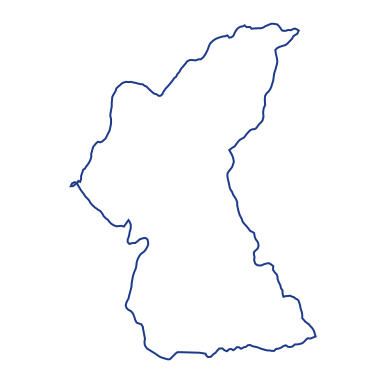 outline of Cariri do Tocantins, Tocantins, Brazil, rotated 179°
{"feature_id": "56859067B90473711295320", "entity_name": "Cariri do Tocantins", "entity_type": "district", "adm_level": 2, "iso_a3": "BRA", "parent_name": "Brazil", "parent_adm1": "Tocantins", "projection": "equal_earth", "projection_center": [-49.215, -11.947], "detail": "fine", "context": "isolated", "style": "outline", "palette": "blue", "viewbox_px": 384, "rotation_deg": 179, "n_neighbors": 0, "source": "geoboundaries", "source_scale": "gbopen_adm2", "svg_char_len": 5108}
<svg xmlns="http://www.w3.org/2000/svg" viewBox="0 0 384 384"><g transform="rotate(179 192 192)"><path d="M306.8,203.1L306.1,201.0L305.0,199.2L303.4,196.3L301.6,193.7L300.0,191.6L298.7,189.3L296.6,187.2L295.0,185.3L293.6,182.6L291.4,180.2L289.3,178.2L287.6,177.0L286.1,175.8L284.1,174.7L282.2,172.2L280.6,169.2L278.5,167.1L276.6,165.7L275.1,163.6L273.2,161.6L270.7,160.0L267.9,159.0L264.9,159.3L262.9,159.4L260.7,158.6L256.0,165.0L254.8,163.1L253.8,160.4L253.9,156.4L255.0,153.3L255.4,150.6L256.2,147.8L257.2,145.4L257.1,142.9L255.4,141.1L252.6,142.0L249.7,142.0L246.9,144.0L245.0,145.7L242.9,146.3L240.8,146.8L239.0,146.7L237.4,145.4L236.8,143.1L236.7,140.0L238.2,136.9L240.1,134.2L241.6,132.7L243.2,131.7L245.0,130.1L246.1,128.3L247.3,126.2L248.5,122.8L248.9,119.5L249.5,116.6L250.4,114.6L251.4,112.3L252.5,108.9L253.3,105.0L253.9,101.8L254.2,98.2L255.2,94.5L255.9,92.0L256.7,89.3L257.3,86.7L258.4,84.8L259.5,82.6L260.3,79.6L259.3,76.9L257.4,75.2L255.0,73.8L253.1,71.5L251.8,68.0L250.9,64.8L249.6,62.3L247.2,61.4L245.0,60.6L243.5,58.0L243.2,55.4L241.6,46.2L242.1,43.2L242.0,40.4L241.2,38.4L239.7,36.3L237.4,34.8L235.7,33.7L233.7,32.4L231.5,31.0L229.3,29.4L227.3,28.0L225.2,27.0L223.4,26.4L221.4,25.8L219.1,25.1L217.0,25.2L211.3,30.7L209.3,32.1L205.5,32.0L188.3,31.2L186.2,31.0L181.3,30.1L180.4,28.1L178.9,26.7L176.0,26.9L173.6,29.3L171.1,31.0L169.7,32.8L167.5,35.0L164.4,35.1L162.3,33.2L159.8,32.2L157.5,34.2L155.3,34.3L153.5,33.1L151.9,34.1L150.0,36.0L147.9,36.0L145.7,34.4L143.0,35.8L140.7,36.3L139.0,37.7L136.7,38.1L134.1,36.7L131.6,36.2L129.0,35.5L127.0,34.6L124.8,33.8L122.8,33.2L120.7,32.6L119.0,32.2L117.3,32.3L114.9,31.7L112.5,31.8L111.0,33.5L108.2,33.9L105.7,34.8L103.4,36.3L100.9,37.1L98.6,35.5L96.5,35.3L94.2,35.8L91.8,37.8L89.5,37.8L87.1,38.1L84.3,38.9L82.1,40.7L80.5,42.5L78.9,43.7L76.2,43.4L74.0,44.2L70.9,45.4L71.6,47.6L72.1,49.9L73.2,52.4L74.4,54.1L76.0,55.8L77.2,57.5L79.1,58.9L80.9,60.3L82.6,62.3L84.0,64.0L83.9,66.4L84.2,69.7L85.4,73.5L86.1,77.6L87.4,81.5L88.7,82.9L90.3,83.6L92.1,85.1L93.8,85.6L95.7,86.6L98.1,86.3L100.1,86.3L102.4,85.6L103.2,88.5L103.2,91.9L104.7,94.3L105.4,97.5L106.9,100.4L107.9,103.5L108.0,105.9L108.8,108.1L110.5,110.0L112.3,112.6L112.1,116.5L114.2,118.2L116.4,119.5L119.3,119.1L121.9,118.3L124.1,117.3L125.8,117.4L128.0,117.6L130.1,119.4L131.1,122.9L130.6,125.9L131.2,128.4L131.2,130.7L129.6,132.3L127.4,134.2L126.4,136.9L126.7,139.7L127.8,141.9L129.1,143.6L130.1,146.3L130.6,149.9L132.5,151.1L134.4,152.0L135.7,153.7L137.7,156.4L140.0,159.0L141.7,161.1L142.9,164.6L144.7,168.1L145.6,171.1L146.3,174.2L147.0,177.8L147.0,181.3L148.5,184.8L150.7,188.2L152.1,191.7L153.6,194.0L154.3,196.2L154.8,199.2L155.5,202.5L156.1,205.4L156.4,208.1L156.0,210.3L154.9,212.0L153.2,214.0L151.5,216.2L150.6,218.5L149.6,221.7L150.4,225.8L151.3,228.2L154.0,233.3L151.0,235.5L148.5,236.9L146.5,239.7L144.2,242.5L142.6,243.7L140.6,244.7L138.8,245.8L137.1,248.0L135.8,249.6L134.4,251.1L132.6,252.8L130.7,253.6L128.3,253.8L126.7,254.7L125.5,256.3L123.9,258.4L121.8,260.4L120.3,262.2L119.2,265.9L119.5,270.4L118.8,274.7L117.4,277.5L117.5,280.6L117.6,283.8L117.2,286.9L115.8,289.2L113.7,291.1L112.0,293.5L110.9,295.6L110.0,298.6L108.9,301.7L108.3,305.7L107.8,309.0L106.6,312.5L105.7,315.5L104.9,318.3L104.4,320.9L104.7,323.7L105.3,326.8L105.9,329.8L106.2,332.5L104.5,334.3L102.1,335.5L99.6,336.3L97.9,336.8L96.2,337.2L94.1,338.6L92.6,340.2L91.2,341.5L89.4,343.4L87.9,346.0L86.1,347.2L84.0,348.3L82.5,351.6L84.4,352.8L86.1,353.6L88.2,353.1L90.4,352.0L93.0,352.4L95.1,351.6L97.4,351.5L99.2,352.0L100.8,354.5L102.2,356.4L103.9,358.1L106.4,358.6L109.0,358.9L111.1,358.4L113.2,357.5L115.4,356.7L117.8,355.2L120.5,354.5L122.3,354.6L124.2,354.5L127.0,354.5L129.5,354.2L131.2,356.0L134.6,355.9L136.5,357.7L138.5,356.7L140.5,356.4L142.7,355.4L144.5,353.7L146.3,350.9L147.8,347.6L149.8,346.0L152.1,345.7L153.9,348.0L156.2,347.1L158.3,347.0L160.6,346.4L163.6,345.5L165.9,344.5L168.3,342.9L169.9,341.5L171.4,339.9L172.7,337.1L173.7,334.3L174.9,331.9L176.5,329.0L178.4,326.5L180.8,324.6L183.3,324.5L186.3,323.5L189.0,323.9L191.7,324.0L194.5,322.8L196.5,320.2L198.6,317.8L200.4,315.9L201.5,314.2L202.5,312.4L204.5,310.1L206.0,307.4L207.9,306.1L209.4,303.8L210.8,302.2L212.5,300.1L214.3,298.1L216.5,295.9L218.7,292.9L220.1,290.1L221.7,288.8L223.6,288.7L225.5,290.2L228.5,291.2L230.9,293.4L233.5,295.9L235.6,298.2L237.9,299.3L239.5,300.6L241.6,300.7L244.2,301.4L246.7,302.1L249.3,302.7L251.2,303.2L253.4,303.0L256.0,303.3L258.2,302.7L259.8,302.1L261.4,300.7L264.1,298.5L265.9,296.8L266.7,294.1L268.0,292.1L269.1,290.3L270.1,288.3L270.3,285.8L270.7,282.5L270.8,278.4L271.4,275.8L272.0,272.6L272.4,269.5L271.7,266.7L271.7,263.9L271.9,261.1L272.5,258.4L273.4,254.7L275.2,251.5L276.4,248.9L277.6,246.8L279.5,245.3L281.0,244.0L283.0,243.3L285.1,243.9L286.6,242.8L288.5,240.7L290.2,238.5L291.1,235.3L292.1,231.9L292.1,229.0L292.8,226.5L294.3,223.4L295.9,221.1L297.5,219.1L298.6,217.3L300.4,216.2L301.2,213.8L302.6,209.9L302.7,206.6L303.7,204.1L305.4,205.1L306.8,203.1ZM306.8,203.1L309.2,203.9L311.8,202.7L313.1,199.9L310.8,200.0L309.0,201.4L306.8,203.1Z" fill="none" stroke="#1e3a8a" stroke-width="2"/></g></svg>